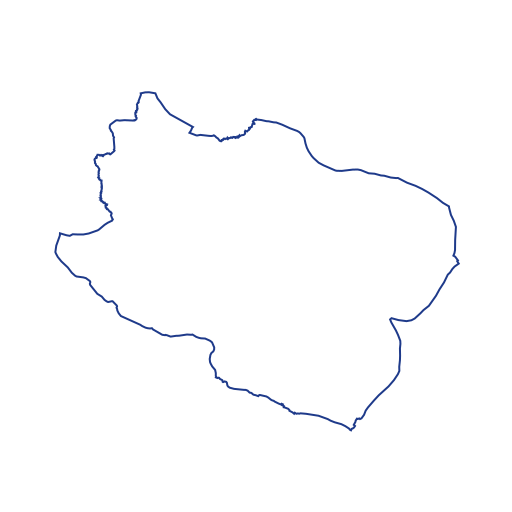 outline of Nong Bun Mak, Nakhon Ratchasima, Thailand, rotated 294°
{"feature_id": "78962969B63002295822353", "entity_name": "Nong Bun Mak", "entity_type": "district", "adm_level": 2, "iso_a3": "THA", "parent_name": "Thailand", "parent_adm1": "Nakhon Ratchasima", "projection": "natural_earth1", "projection_center": [102.371, 14.724], "detail": "fine", "context": "isolated", "style": "outline", "palette": "blue", "viewbox_px": 512, "rotation_deg": 294, "n_neighbors": 0, "source": "geoboundaries", "source_scale": "gbopen_adm2", "svg_char_len": 5975}
<svg xmlns="http://www.w3.org/2000/svg" viewBox="0 0 512 512"><g transform="rotate(294 256 256)"><path d="M197.0,67.7L194.9,68.5L184.3,69.3L178.0,71.1L176.9,72.2L174.5,75.3L171.9,80.4L169.0,88.7L165.8,94.5L164.4,98.8L164.3,100.4L166.2,106.9L166.6,109.6L165.6,114.2L165.2,114.9L164.6,115.3L163.1,115.5L162.3,116.1L161.9,116.7L156.9,126.4L156.2,131.6L154.3,135.5L153.8,138.0L153.8,139.6L156.2,142.9L156.3,143.5L154.1,149.0L153.4,149.6L152.0,149.6L151.2,150.6L149.8,151.5L147.8,153.9L146.2,157.0L146.1,178.3L145.7,180.4L145.6,184.2L146.0,186.5L146.7,188.7L147.7,190.3L147.0,191.8L145.9,202.4L146.7,205.2L147.1,205.4L147.4,206.8L147.6,210.4L147.7,210.9L150.6,215.5L151.8,218.0L156.2,224.9L157.7,228.9L158.4,229.9L157.8,234.4L158.0,237.0L158.4,239.1L159.9,243.1L159.9,247.4L159.8,248.9L159.2,251.0L155.5,255.0L153.5,255.8L151.5,255.8L149.2,254.7L147.1,254.6L143.1,255.6L140.5,257.1L139.3,258.3L137.3,260.9L135.3,265.0L132.7,266.9L130.0,268.1L129.4,268.9L128.8,268.8L128.8,270.4L129.6,271.3L129.7,271.8L129.0,273.1L128.9,275.5L128.7,275.9L127.5,276.7L127.4,277.2L127.7,277.6L128.6,278.2L128.9,280.0L128.4,280.9L126.0,282.6L125.4,283.6L125.0,285.5L125.7,290.0L128.7,299.1L129.5,301.1L129.6,303.1L128.6,305.7L129.0,307.2L128.8,308.5L128.4,309.2L128.3,310.4L128.7,312.3L128.9,315.1L130.2,315.5L130.6,316.0L131.9,322.6L131.7,324.7L130.8,328.1L130.7,329.5L130.9,331.1L130.6,332.3L130.4,336.8L130.5,339.1L131.4,339.4L131.4,340.9L130.3,340.8L130.2,342.7L129.1,342.9L129.3,343.7L129.5,347.6L128.8,349.2L128.2,349.5L128.0,353.0L127.4,355.0L128.6,355.2L128.3,357.0L129.2,358.3L129.5,359.6L130.4,360.7L132.2,365.9L135.5,378.1L136.2,387.9L135.9,391.2L136.1,395.6L137.1,402.4L136.9,406.8L136.2,411.2L135.5,412.4L135.4,413.7L137.0,413.7L137.9,414.6L139.2,415.3L141.0,415.6L141.5,414.0L144.9,414.3L146.2,414.0L148.5,414.4L148.5,415.3L149.6,416.4L149.3,417.3L150.6,418.4L154.9,419.3L159.4,419.1L163.3,419.9L172.2,422.6L178.7,424.8L190.7,430.1L198.7,432.5L205.7,433.7L209.3,433.7L213.1,431.9L219.3,429.9L223.5,428.2L230.1,425.1L234.4,423.7L237.2,422.3L241.7,417.8L244.9,414.1L250.4,406.6L252.6,404.3L254.3,405.1L255.4,412.2L257.7,420.0L260.5,424.1L263.4,426.4L270.5,429.5L274.7,431.0L280.8,434.2L292.9,436.6L300.1,437.2L308.3,438.5L317.0,438.8L319.8,440.0L324.1,440.7L327.1,441.7L331.5,444.3L333.1,441.9L334.1,442.3L336.4,438.2L336.6,436.2L339.4,436.1L342.4,435.4L351.7,431.4L363.9,426.8L368.6,422.4L372.8,417.4L378.7,412.7L379.8,412.1L380.6,405.1L382.5,397.7L384.1,387.7L384.8,380.5L385.0,373.2L384.4,364.2L385.0,353.9L384.2,352.4L382.5,347.2L381.5,340.5L380.4,337.4L379.4,330.9L377.4,325.3L377.1,316.9L376.4,313.8L374.3,309.3L368.6,299.7L366.7,295.1L366.4,293.7L366.3,280.9L366.7,275.3L368.9,268.7L370.0,266.3L373.1,261.4L375.6,258.4L379.0,255.4L383.3,252.3L384.2,251.1L386.3,246.6L386.8,245.0L387.0,242.8L386.5,235.1L386.6,226.6L386.2,220.2L385.3,217.8L384.2,212.8L383.4,210.7L382.4,205.7L381.0,201.1L381.3,200.3L380.9,200.0L380.1,200.4L379.6,199.0L377.6,198.4L377.3,198.7L377.2,199.5L376.3,199.8L376.4,200.7L376.1,200.9L375.9,200.7L375.7,199.4L375.2,199.1L372.1,199.6L371.5,198.7L370.3,198.7L370.5,197.8L370.3,197.5L369.2,198.1L368.3,198.3L367.6,197.7L366.1,197.2L366.1,195.3L364.9,195.3L363.6,196.2L363.0,196.2L361.6,195.5L360.3,193.5L358.8,192.5L358.8,192.1L359.3,191.7L358.2,191.3L357.8,190.6L357.4,190.9L357.5,191.9L356.9,191.7L356.6,190.9L356.8,190.3L356.4,189.1L355.9,189.6L355.5,189.4L355.7,187.2L355.5,186.7L354.3,186.4L354.1,185.9L354.3,184.9L353.2,184.3L352.7,183.3L352.1,183.1L352.5,182.0L351.2,182.3L351.3,181.0L350.2,180.2L350.4,179.4L350.3,178.9L349.7,178.5L348.7,178.7L348.0,177.5L346.9,177.8L346.6,177.5L346.5,175.9L347.9,173.4L348.2,171.5L348.8,170.1L349.1,168.4L348.5,168.0L347.4,166.3L346.6,164.1L344.0,155.9L342.2,153.3L341.9,152.4L341.5,145.1L344.2,145.6L347.2,145.5L348.2,145.9L350.5,119.8L353.2,113.4L357.6,106.3L359.9,101.9L363.7,97.9L362.1,91.7L360.4,88.2L357.7,84.5L356.5,85.3L349.5,85.7L349.0,86.3L348.0,86.2L347.7,85.7L345.9,85.6L344.5,86.7L343.9,86.7L343.5,87.1L343.0,87.1L343.0,87.4L342.6,87.8L341.5,88.0L341.2,87.7L340.3,88.0L339.9,87.9L339.6,87.3L339.1,87.4L338.4,88.2L337.6,87.5L335.8,88.4L335.4,89.3L334.5,89.3L333.6,90.8L332.7,91.1L331.2,90.6L330.8,90.3L330.7,89.6L330.2,89.6L329.9,89.0L326.6,80.6L324.3,76.5L323.5,73.8L322.7,72.8L316.8,69.5L315.2,69.6L313.3,70.3L311.8,72.5L311.4,72.5L310.7,74.1L309.8,75.3L307.7,76.5L306.6,78.1L305.6,78.1L298.1,82.2L296.3,83.0L295.4,82.9L294.8,83.9L294.2,83.8L289.6,81.6L289.5,81.2L290.0,80.1L289.4,79.3L289.3,78.3L288.5,78.0L288.1,77.3L286.8,76.3L286.0,75.1L285.3,75.7L284.9,75.6L284.9,74.8L285.3,73.3L284.3,72.7L284.6,71.5L284.0,70.0L283.3,70.1L282.8,69.9L282.1,70.1L281.6,69.8L281.2,70.5L280.6,70.5L280.5,70.3L280.7,70.1L280.7,69.7L280.2,69.8L279.2,69.2L278.1,69.3L277.1,70.4L276.5,70.5L276.3,70.8L275.4,71.1L275.0,72.1L273.9,72.8L273.5,74.0L273.5,74.8L271.6,77.6L271.2,77.5L270.5,77.9L269.5,77.7L269.0,78.2L268.2,78.2L267.4,78.9L266.8,78.8L265.9,79.2L265.3,79.9L264.3,79.9L263.9,80.3L263.5,80.0L263.2,80.5L263.3,81.1L262.6,81.2L262.1,82.0L262.1,82.6L262.3,82.9L261.8,83.3L261.7,84.0L261.9,84.3L259.2,85.3L259.0,85.8L257.8,86.2L257.7,86.5L257.0,86.9L256.2,86.7L256.0,87.3L255.2,87.4L254.9,87.8L253.0,88.1L252.5,88.5L252.2,88.2L251.5,88.3L250.9,88.9L250.3,88.4L249.8,89.0L248.3,89.2L248.2,89.6L247.6,89.6L247.3,90.1L246.5,90.2L246.0,90.9L245.6,90.3L245.3,91.2L245.0,91.4L244.8,91.0L244.4,91.3L244.0,91.1L244.0,91.9L243.1,92.4L243.2,92.8L243.6,93.0L243.4,93.8L243.1,93.9L243.1,94.5L242.8,94.4L242.6,94.7L242.5,95.8L243.1,96.3L242.2,97.5L242.3,98.2L242.6,98.5L242.6,98.8L242.0,98.6L241.7,99.0L241.3,98.7L241.2,98.2L240.5,98.0L240.0,98.6L239.1,99.0L239.1,99.7L238.7,100.0L238.8,100.4L238.2,100.8L238.5,101.5L237.0,104.3L237.3,105.1L236.7,105.8L236.6,106.4L236.0,106.9L234.2,106.9L231.5,109.7L231.3,110.3L230.8,110.3L230.3,110.0L229.7,110.1L226.0,107.0L222.9,105.0L216.3,101.8L215.0,100.9L208.5,94.0L205.5,89.6L203.4,85.0L201.3,79.7L198.7,77.7L197.9,74.6L197.0,67.7Z" fill="none" stroke="#1e3a8a" stroke-width="2"/></g></svg>